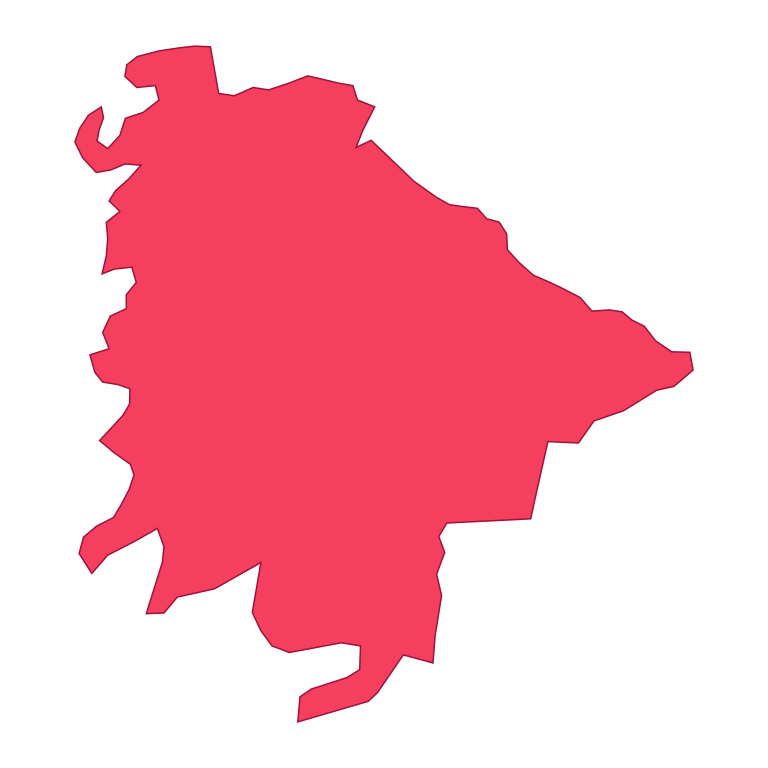 the district of Centenário, Rio Grande do Sul, Brazil, rotated 90°
{"feature_id": "56859067B70256380111407", "entity_name": "Centenário", "entity_type": "district", "adm_level": 2, "iso_a3": "BRA", "parent_name": "Brazil", "parent_adm1": "Rio Grande do Sul", "projection": "robinson", "projection_center": [-52.012, -27.763], "detail": "fine", "context": "isolated", "style": "filled", "palette": "rose", "viewbox_px": 768, "rotation_deg": 90, "n_neighbors": 0, "source": "geoboundaries", "source_scale": "gbopen_adm2", "svg_char_len": 1839}
<svg xmlns="http://www.w3.org/2000/svg" viewBox="0 0 768 768"><g transform="rotate(90 384 384)"><path d="M46.8,557.6L46.1,573.4L47.7,587.6L50.8,608.4L56.5,630.6L64.8,641.2L76.4,643.1L87.5,631.2L85.6,612.6L100.1,609.0L112.4,624.8L118.3,642.6L135.4,648.1L148.6,660.3L141.0,670.9L129.9,668.9L117.8,664.5L106.9,666.7L115.2,679.5L128.0,688.1L142.0,693.1L157.9,685.3L172.5,671.7L169.9,657.0L164.0,643.1L165.2,627.0L178.7,639.0L190.8,652.6L201.0,658.9L211.4,648.1L222.3,661.7L238.6,660.3L255.9,661.7L273.9,665.9L269.1,653.9L267.2,636.2L282.4,631.7L294.7,641.7L308.7,641.7L316.0,657.6L332.4,665.3L348.7,658.9L354.9,678.1L372.4,673.1L382.1,665.3L384.5,650.3L388.7,638.1L403.9,638.4L415.0,644.8L428.3,657.0L440.6,668.4L453.1,653.4L464.3,637.6L475.1,634.0L489.8,639.0L505.0,647.0L517.5,654.5L526.3,671.7L537.2,684.5L553.5,688.9L573.4,676.2L555.2,660.3L541.2,633.1L528.4,610.6L546.9,604.0L562.1,605.6L613.7,621.7L613.0,604.0L597.1,590.7L588.8,553.5L562.5,507.1L612.5,515.7L630.7,507.1L645.9,496.0L652.5,478.8L642.8,426.9L645.9,407.5L669.6,408.3L677.6,421.1L689.0,456.6L696.8,468.0L721.9,470.2L701.3,399.7L692.6,390.5L654.9,364.7L663.0,335.0L635.0,332.8L595.5,326.4L574.2,331.4L552.4,323.3L536.5,329.2L523.0,321.1L518.8,237.3L498.4,232.9L441.6,220.1L443.0,189.6L420.9,174.0L410.8,144.6L390.2,111.3L386.4,94.1L370.0,74.9L352.3,78.2L351.8,96.3L340.9,112.4L326.2,123.8L320.1,136.0L311.8,146.0L309.9,158.7L311.1,176.0L297.5,187.9L288.6,205.1L282.4,218.1L275.3,234.5L262.3,249.2L249.7,260.6L233.8,261.4L222.2,268.7L218.7,281.4L208.3,290.6L206.6,305.0L204.7,318.4L197.4,331.4L189.3,342.8L180.8,354.7L171.8,363.9L140.3,396.9L147.4,411.9L131.1,405.5L119.5,399.7L106.9,393.3L100.0,410.5L85.6,415.2L83.0,430.2L79.0,446.6L75.9,460.2L83.2,479.3L89.9,499.3L87.5,514.9L95.8,533.8L93.4,549.3L46.8,557.6Z" fill="#f43f5e" stroke="#9f1239" stroke-width="1.5"/></g></svg>